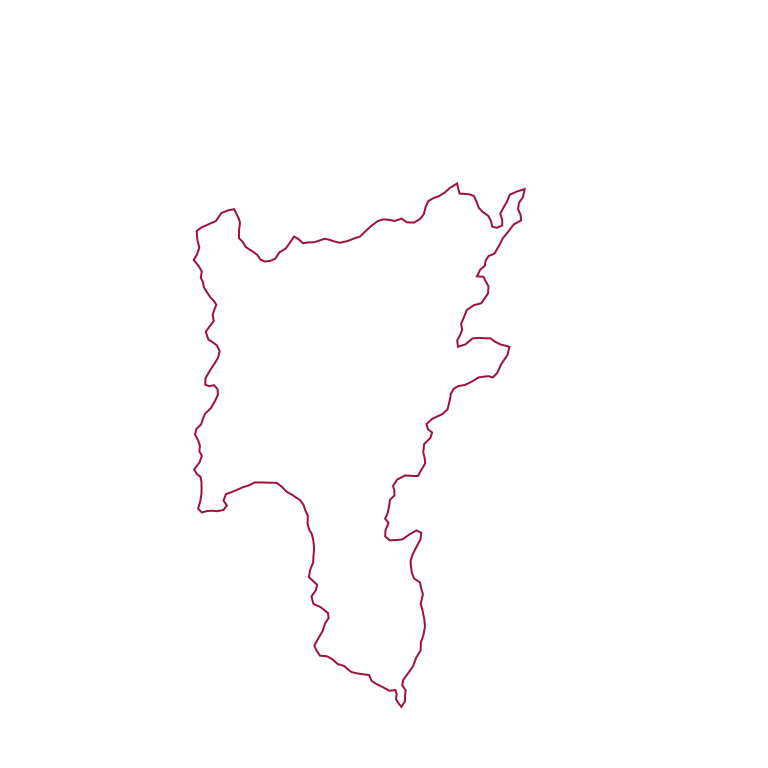 outline of Dores de Guanhães, Minas Gerais, Brazil, rotated 45°
{"feature_id": "56859067B7417265960826", "entity_name": "Dores de Guanhães", "entity_type": "district", "adm_level": 2, "iso_a3": "BRA", "parent_name": "Brazil", "parent_adm1": "Minas Gerais", "projection": "equal_earth", "projection_center": [-42.922, -19.035], "detail": "fine", "context": "isolated", "style": "outline", "palette": "rose", "viewbox_px": 768, "rotation_deg": 45, "n_neighbors": 0, "source": "geoboundaries", "source_scale": "gbopen_adm2", "svg_char_len": 3765}
<svg xmlns="http://www.w3.org/2000/svg" viewBox="0 0 768 768"><g transform="rotate(45 384 384)"><path d="M549.8,498.9L542.6,500.3L537.1,497.7L532.4,494.2L528.1,490.6L524.8,484.4L522.0,475.8L519.5,467.8L515.5,462.8L510.5,464.6L508.3,472.5L506.9,480.8L504.0,484.6L498.6,490.5L492.6,490.9L488.5,486.4L485.4,479.0L480.1,478.5L477.6,472.2L473.7,466.3L470.1,461.6L470.2,455.4L466.4,451.8L462.5,449.8L460.9,442.3L463.5,433.8L468.7,429.3L473.0,425.1L471.0,417.8L469.3,411.0L465.2,407.7L460.0,404.5L454.9,398.1L454.9,389.4L452.3,384.3L447.2,384.9L442.4,382.4L442.6,374.9L444.6,369.3L446.6,363.9L446.8,356.8L442.2,349.4L438.2,343.5L436.7,338.2L438.0,332.9L442.0,327.3L444.4,320.2L446.2,312.5L449.6,308.0L452.5,304.4L456.3,302.4L456.2,295.9L452.8,287.0L450.8,276.3L446.4,269.0L438.5,273.6L432.0,275.8L427.0,276.4L423.3,280.0L418.4,284.4L414.3,289.3L413.6,298.2L410.0,305.4L404.9,301.4L403.4,296.1L401.0,290.5L395.9,286.8L393.3,280.2L390.2,273.1L391.8,264.8L395.7,258.0L393.5,246.4L388.9,241.1L383.6,239.6L378.5,237.9L373.6,242.1L371.2,235.2L371.7,229.0L368.6,224.9L367.5,219.6L369.9,213.7L367.3,203.9L364.9,196.7L364.2,188.8L362.9,179.5L365.3,171.4L360.9,167.8L355.2,165.6L351.4,160.6L350.1,153.6L345.7,146.7L342.0,153.6L339.1,161.2L342.0,168.0L343.5,173.9L345.7,181.3L351.6,184.4L355.4,188.2L353.4,193.7L349.2,196.2L344.8,193.3L338.9,191.4L331.7,192.6L326.2,192.3L320.6,189.7L314.8,187.5L310.5,189.3L306.5,192.6L302.9,195.9L298.3,193.3L293.9,190.5L291.9,199.4L291.6,205.8L290.2,211.8L287.5,217.7L286.0,223.4L288.2,229.4L292.1,235.8L292.8,241.7L291.2,248.5L286.0,253.4L279.4,254.7L276.3,261.2L272.5,263.6L267.3,267.8L264.4,273.1L263.2,281.4L262.9,289.7L262.8,296.5L260.2,301.6L257.2,308.6L252.9,315.4L247.6,318.6L243.0,320.8L239.3,323.3L237.1,327.8L234.4,333.1L230.5,337.3L227.1,341.8L221.0,342.0L216.1,343.3L217.7,351.5L218.8,357.7L217.0,364.9L218.5,372.5L216.4,377.5L213.3,381.5L208.8,383.4L203.0,382.3L196.6,383.4L189.5,384.9L183.2,383.4L178.4,383.5L172.5,377.5L168.1,371.7L164.4,369.8L160.2,368.3L154.4,366.4L151.0,371.4L148.1,378.1L149.9,387.7L146.9,395.3L144.1,402.8L143.4,408.3L150.0,414.0L156.9,418.1L160.2,424.6L161.6,430.8L170.1,431.7L175.8,433.4L179.3,438.5L183.6,439.7L188.2,443.0L194.6,444.4L200.5,445.6L205.2,445.6L209.4,446.5L211.5,451.5L214.0,456.3L219.1,459.8L219.9,466.1L221.0,473.1L228.3,476.7L232.3,475.8L238.4,474.9L244.6,477.0L248.2,483.1L249.7,489.4L251.2,496.7L253.7,506.2L258.2,510.9L262.0,509.0L264.7,505.0L270.1,505.4L274.1,509.0L276.3,514.8L278.7,523.9L278.5,531.8L280.7,537.0L283.2,541.8L283.2,548.5L286.0,553.3L292.4,555.3L297.3,557.7L301.0,562.1L306.0,563.6L308.9,569.6L310.2,578.7L315.6,580.0L319.9,579.4L324.1,582.3L327.8,585.8L332.7,590.9L336.8,596.5L340.7,603.6L346.1,603.6L348.6,599.1L351.7,595.5L355.8,592.1L359.6,586.6L358.7,580.9L353.0,580.0L350.1,573.7L352.3,569.0L355.1,562.4L357.4,556.3L359.8,552.1L362.2,545.0L368.3,539.0L373.5,534.1L378.1,529.7L383.9,529.0L391.2,529.0L397.5,527.3L402.1,526.4L406.9,525.4L412.6,526.4L417.8,529.0L423.4,531.1L428.9,537.0L434.4,540.0L439.0,541.1L444.8,544.7L451.2,550.0L455.4,555.1L460.2,560.4L463.3,567.8L467.5,573.7L473.5,573.4L478.7,573.2L481.6,577.9L482.9,585.5L489.5,589.4L497.1,586.6L506.5,585.6L510.4,588.8L511.6,595.0L515.2,601.8L517.2,609.6L519.7,618.3L525.6,620.4L530.9,621.3L536.3,616.8L542.4,615.1L549.2,614.8L555.4,611.5L560.4,611.3L564.8,610.6L569.5,607.7L574.3,604.2L579.2,600.4L585.1,602.7L590.8,601.5L597.9,599.1L604.7,597.1L608.6,592.3L612.4,594.4L615.3,598.3L619.4,599.4L624.6,600.0L623.2,593.6L619.5,589.7L615.9,585.3L609.8,584.1L606.7,579.3L605.6,571.3L604.1,563.1L600.3,554.8L598.3,546.5L592.8,540.6L589.5,533.8L584.4,526.4L578.9,521.9L575.0,519.3L570.5,516.3L565.7,513.9L562.9,509.5L560.1,505.1L554.5,502.0L549.8,498.9Z" fill="none" stroke="#9f1239" stroke-width="2"/></g></svg>